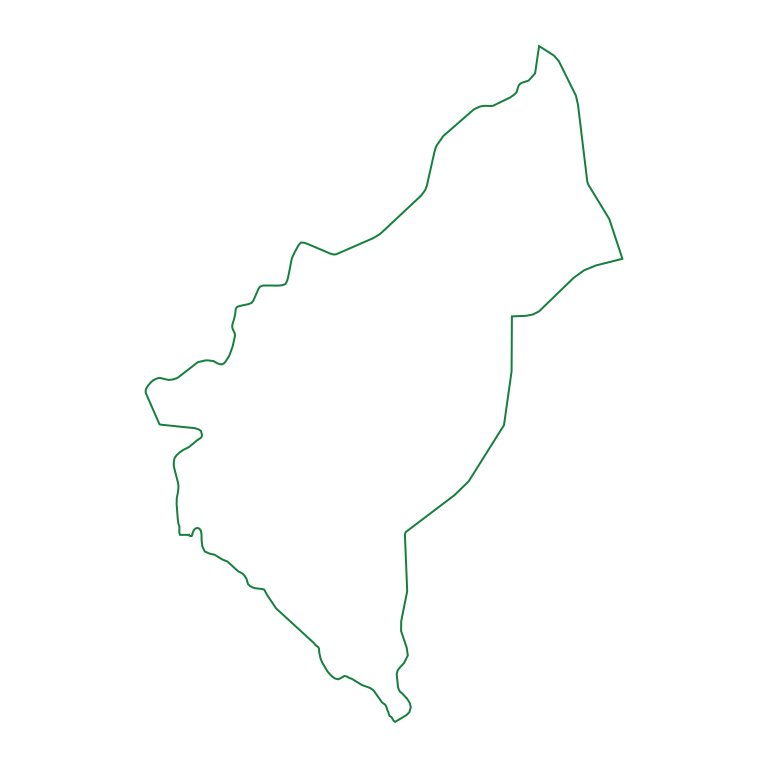 an SVG outline of Dosso
{"feature_id": "NER-93", "entity_name": "Dosso", "entity_type": "Department", "adm_level": 1, "iso_a3": "NER", "parent_name": "Niger", "parent_adm1": "", "projection": "albers", "projection_center": [3.221, 13.177], "detail": "fine", "context": "isolated", "style": "outline", "palette": "green", "viewbox_px": 768, "rotation_deg": 0, "n_neighbors": 0, "source": "natural_earth", "source_scale": "10m", "svg_char_len": 2911}
<svg xmlns="http://www.w3.org/2000/svg" viewBox="0 0 768 768"><path d="M510.9,376.2L504.0,425.1L468.7,481.3L454.4,495.2L405.8,532.0L404.9,534.4L407.2,591.2L401.2,621.2L401.1,631.1L406.7,647.7L407.8,655.5L404.0,663.1L400.2,667.1L397.7,670.3L396.7,674.1L398.0,687.0L398.7,689.3L400.0,691.7L400.8,692.4L401.7,693.0L407.0,698.6L409.7,702.8L410.8,707.3L409.3,712.2L406.6,715.0L395.1,721.9L393.5,720.6L391.4,717.0L389.6,716.0L388.8,714.2L388.4,712.2L387.5,710.5L386.4,706.9L385.5,705.1L384.6,704.2L383.3,703.4L381.8,702.1L374.3,691.4L372.5,689.6L370.0,687.9L361.9,685.0L351.8,678.8L349.3,678.0L346.9,676.5L344.3,676.0L341.2,677.9L338.2,679.3L335.1,678.5L332.4,676.7L330.5,674.9L327.3,671.2L322.2,662.5L320.5,658.4L319.4,653.2L318.9,648.3L318.2,647.1L315.2,644.8L314.5,643.6L276.1,608.4L267.1,595.0L264.9,590.8L264.1,589.6L262.2,589.0L254.9,588.2L252.2,587.2L249.8,585.9L248.0,584.0L246.5,578.9L244.8,576.1L242.6,573.6L238.0,571.2L227.4,561.5L222.5,559.6L214.5,554.7L209.7,553.7L204.8,551.5L202.3,546.3L201.6,539.9L201.5,534.1L200.9,530.8L199.4,528.7L197.4,527.9L195.3,528.6L194.3,529.6L193.4,531.1L192.7,532.8L192.4,534.1L191.7,536.0L190.4,536.1L189.2,535.5L189.1,534.9L180.1,534.9L179.3,532.6L179.4,526.4L178.4,523.7L177.8,519.4L176.6,503.8L176.8,497.9L177.9,492.6L178.4,488.3L178.4,485.4L178.0,482.7L174.2,468.0L173.8,465.3L173.8,462.4L174.2,459.6L174.5,458.4L175.4,456.8L176.8,455.0L180.0,452.2L183.3,449.9L188.5,447.3L189.4,446.7L197.1,440.3L200.9,437.8L201.7,436.6L202.0,434.8L200.9,430.9L198.4,429.3L194.9,428.2L161.1,424.7L160.0,424.5L159.4,424.1L145.9,393.2L145.6,391.8L145.7,390.6L146.0,389.2L146.9,387.5L148.3,385.3L151.1,382.1L153.2,380.3L156.2,378.8L158.0,378.2L159.6,378.0L160.9,378.1L165.9,379.4L168.6,379.9L171.3,379.7L172.7,379.5L175.0,378.8L177.3,377.9L178.3,377.3L197.8,362.2L205.3,360.4L208.2,360.4L212.9,361.0L213.5,361.1L214.4,361.6L217.2,363.3L219.5,364.1L220.9,364.3L222.2,364.3L223.7,363.5L225.2,362.1L229.3,355.7L232.7,346.3L235.0,335.8L234.9,334.5L234.7,333.3L232.7,329.0L232.4,327.8L232.2,326.6L232.5,324.0L234.1,319.1L235.2,313.8L235.7,309.2L236.3,308.0L237.2,306.8L241.7,305.5L248.2,304.2L251.4,303.0L253.4,300.5L258.1,289.8L259.6,287.0L261.8,285.9L263.3,285.5L278.6,285.6L282.3,285.2L285.4,284.1L287.1,280.9L288.1,277.3L291.9,258.2L294.7,252.1L298.6,245.1L300.9,242.6L303.8,242.7L307.3,243.8L330.2,253.6L333.6,254.5L336.1,254.3L373.1,238.2L380.2,233.9L421.1,195.6L425.2,190.1L426.9,185.5L434.7,150.8L435.8,147.4L436.8,145.3L443.3,136.0L473.5,109.7L476.6,108.0L479.9,106.7L482.1,106.1L485.3,105.8L491.2,106.0L492.9,105.8L509.9,97.6L513.5,95.2L516.4,92.5L518.8,85.2L520.6,83.4L522.7,82.5L528.6,80.6L535.1,73.3L539.1,46.1L554.0,55.6L558.9,61.3L575.9,95.6L578.0,104.8L587.3,181.7L588.3,184.6L609.3,219.1L622.4,258.7L622.4,258.8L596.1,265.4L584.1,270.3L573.8,277.7L539.0,311.4L532.9,314.5L526.2,315.8L511.9,316.4L511.6,371.0L510.9,376.2Z" fill="none" stroke="#15803d" stroke-width="2"/></svg>